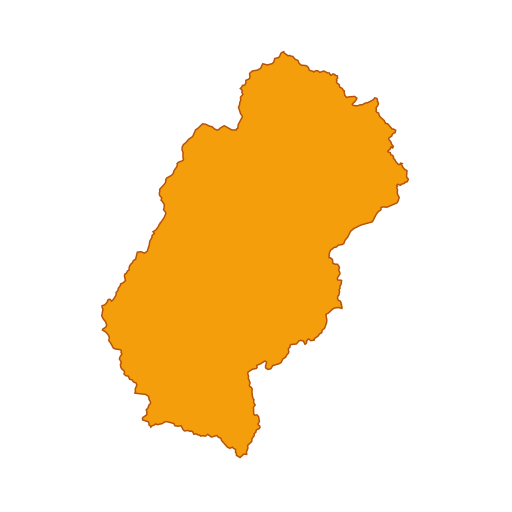 Phato, Chumphon, Thailand (Mercator projection), rotated 347°
{"feature_id": "78962969B64090503691360", "entity_name": "Phato", "entity_type": "district", "adm_level": 2, "iso_a3": "THA", "parent_name": "Thailand", "parent_adm1": "Chumphon", "projection": "mercator", "projection_center": [98.813, 9.803], "detail": "fine", "context": "isolated", "style": "filled", "palette": "amber", "viewbox_px": 512, "rotation_deg": 347, "n_neighbors": 0, "source": "geoboundaries", "source_scale": "gbopen_adm2", "svg_char_len": 6092}
<svg xmlns="http://www.w3.org/2000/svg" viewBox="0 0 512 512"><g transform="rotate(347 256 256)"><path d="M195.1,448.8L199.6,446.3L202.3,447.2L202.7,444.6L204.9,441.4L205.2,438.7L210.1,435.8L211.0,433.0L213.9,430.6L214.3,428.8L216.3,427.6L216.8,426.1L217.8,425.3L220.2,425.0L221.4,423.8L221.3,422.3L220.2,421.2L220.2,420.1L222.2,417.8L222.3,413.0L221.2,411.0L219.0,410.8L218.2,409.7L219.6,402.6L221.7,401.0L220.7,398.2L221.7,395.5L221.1,394.4L221.0,391.5L221.5,387.2L222.4,384.8L222.0,383.2L220.5,381.5L220.4,380.5L221.7,378.3L221.0,373.6L221.7,371.3L221.5,368.6L222.3,367.2L227.2,365.5L231.0,365.7L232.0,364.9L232.1,362.8L236.4,362.0L240.7,360.4L241.6,360.7L242.4,362.0L240.6,365.2L240.2,366.9L240.5,367.7L242.1,369.2L244.4,369.3L245.4,368.9L247.7,366.5L254.1,366.2L256.6,365.4L258.8,362.5L262.1,361.2L264.2,358.9L265.6,358.1L266.4,356.9L266.4,354.9L266.9,353.4L268.6,352.5L268.9,350.9L269.9,350.1L275.5,350.8L279.0,348.3L280.5,348.2L283.2,349.6L283.7,352.8L284.3,353.0L285.7,352.0L286.2,350.3L288.2,348.7L288.8,348.8L290.3,350.8L293.7,351.1L294.3,349.6L298.6,347.9L300.4,346.2L302.8,345.5L303.8,343.1L306.5,341.9L309.8,336.8L310.6,334.4L311.0,328.6L313.6,327.9L318.4,325.1L320.6,324.4L324.6,324.7L327.9,326.4L328.4,324.7L328.0,323.9L328.5,322.2L328.0,321.8L328.4,320.1L327.6,318.5L326.3,317.8L325.9,315.5L326.9,313.3L327.8,312.9L328.6,311.4L329.4,309.5L329.3,307.7L330.7,306.2L330.9,304.4L332.6,302.6L333.9,299.2L333.6,298.8L330.3,297.8L330.0,296.9L330.6,295.5L333.7,292.3L334.0,291.0L333.4,288.4L334.8,285.7L333.6,282.4L331.1,281.7L329.3,280.4L329.7,276.5L328.0,274.4L326.8,274.0L327.9,270.0L329.8,267.3L333.9,265.3L336.5,265.3L338.6,263.9L342.2,264.2L344.2,263.8L346.3,260.7L349.6,258.2L353.7,253.2L357.6,251.2L365.3,249.4L376.7,248.9L377.9,248.0L382.4,242.6L385.1,240.3L388.0,239.2L388.8,236.8L391.0,236.8L394.6,237.9L405.2,236.0L406.6,234.7L408.7,231.2L407.7,227.0L408.8,223.2L408.4,221.1L409.5,219.8L408.9,219.2L409.6,218.1L410.3,218.0L412.2,219.4L413.1,219.5L413.6,218.8L416.2,218.7L417.6,218.2L417.8,217.6L420.0,217.7L421.5,215.9L421.6,214.9L420.7,213.8L420.7,211.9L422.3,206.9L420.2,204.8L419.3,203.1L418.2,199.3L419.2,198.8L417.7,198.0L416.6,199.2L415.3,198.9L413.5,195.6L412.9,193.1L411.8,191.9L412.3,190.5L411.8,188.7L410.2,187.8L410.1,185.5L407.9,184.1L408.2,183.3L410.6,182.2L411.9,180.2L412.7,180.2L412.9,181.3L413.4,181.5L414.5,180.2L413.3,177.7L413.1,175.3L411.6,172.2L411.9,171.0L415.5,169.5L415.7,168.6L417.2,167.5L419.3,167.1L420.4,164.9L418.6,163.3L417.2,162.9L414.0,156.7L412.0,155.9L411.4,152.9L408.2,148.3L407.6,146.1L407.7,144.3L406.1,143.2L405.5,142.1L406.3,140.3L406.2,138.8L408.5,136.8L409.5,135.2L409.5,133.5L409.0,132.4L409.5,131.4L409.2,129.6L407.2,128.6L405.7,130.0L401.9,131.1L399.2,131.7L396.5,131.6L393.4,132.6L391.6,132.1L388.3,132.5L384.4,131.0L383.9,130.1L384.5,129.1L386.5,128.3L389.3,125.8L389.8,124.8L388.0,122.7L382.0,121.8L380.1,122.0L378.7,119.6L378.7,116.8L379.2,115.0L378.2,114.0L377.8,112.2L375.5,110.2L375.7,108.0L373.6,105.3L373.6,104.2L374.3,103.3L374.1,102.1L375.5,101.1L375.8,98.8L373.8,97.8L373.7,96.9L371.9,95.9L370.1,96.8L369.3,96.7L368.6,94.1L366.9,93.7L363.7,91.0L359.4,91.4L357.9,89.4L356.0,88.9L353.7,89.7L353.3,89.0L349.7,87.0L349.5,84.4L348.4,82.5L347.5,81.7L343.0,80.2L341.3,77.9L340.8,74.8L338.4,73.2L336.7,69.8L334.6,68.9L333.9,68.1L332.3,68.1L328.9,64.2L329.0,63.2L326.9,63.5L325.6,64.3L324.3,66.4L322.7,67.7L318.6,67.8L317.1,70.9L315.0,72.2L310.0,72.4L305.8,70.2L302.7,74.2L299.0,75.2L294.4,74.9L293.2,75.3L291.1,76.5L290.6,77.3L290.5,79.8L289.8,81.2L288.8,82.0L285.6,82.6L285.2,84.9L283.4,87.0L281.2,86.7L279.9,88.4L278.4,89.2L279.9,91.7L279.0,93.2L279.6,95.6L276.6,97.8L276.0,101.2L274.8,102.6L273.8,105.4L272.4,107.0L273.0,114.1L274.0,116.2L274.0,117.3L268.2,124.0L267.1,127.3L265.5,127.9L265.0,128.8L260.8,127.7L254.3,121.9L249.9,123.3L247.8,124.6L246.1,124.4L243.9,122.6L242.5,120.3L240.1,119.1L236.6,116.3L233.7,115.2L227.8,118.7L225.6,119.4L221.2,125.3L216.5,127.2L213.7,129.4L210.4,131.1L208.6,133.2L207.8,136.0L208.2,138.8L207.0,143.5L207.0,146.0L205.6,146.7L201.7,147.1L199.9,148.1L200.1,148.7L199.0,151.1L195.5,154.2L194.0,156.8L191.9,158.4L186.5,159.9L185.3,161.2L185.0,162.9L183.6,164.9L177.1,169.4L176.8,171.4L175.9,173.1L175.7,175.3L177.2,178.2L176.0,180.3L176.9,181.5L178.2,185.1L177.3,188.4L176.3,190.1L177.7,192.9L177.7,194.3L175.4,197.6L171.3,201.5L170.1,202.1L169.9,202.9L169.0,203.3L167.1,205.7L164.3,208.1L161.1,209.2L162.1,211.1L159.4,212.6L158.7,214.6L155.8,217.7L154.5,221.2L151.1,226.9L148.0,228.1L144.8,225.9L141.2,225.6L138.0,232.0L135.6,232.8L134.0,234.8L131.9,236.0L130.4,237.5L128.9,241.3L127.5,241.6L125.8,243.7L124.5,243.9L123.9,244.5L123.3,245.9L123.3,250.5L120.6,252.2L117.7,252.8L117.3,254.1L114.5,256.6L113.7,258.6L111.5,260.0L111.3,261.5L110.4,263.1L107.1,266.4L105.1,267.4L104.0,265.4L102.9,265.1L101.6,265.7L100.6,267.5L97.7,269.6L94.8,269.8L94.5,271.8L94.9,273.5L92.2,279.6L93.0,283.0L94.6,286.2L95.0,289.9L93.4,291.7L90.5,292.6L89.7,293.6L92.3,296.0L94.2,299.3L94.8,302.3L93.7,304.8L93.7,306.1L94.5,307.2L96.3,313.6L97.9,314.9L102.8,316.8L103.5,317.7L102.8,319.6L103.3,321.2L100.6,324.0L99.7,325.7L100.9,329.0L99.4,331.4L99.3,334.2L99.8,335.8L101.8,338.6L101.6,340.0L100.8,341.3L102.3,343.4L104.6,344.4L105.1,347.7L107.3,348.7L108.3,351.2L110.7,352.9L110.8,355.1L108.4,358.4L108.1,360.6L107.2,362.4L117.4,366.1L119.5,368.3L119.8,369.5L119.5,371.9L120.3,373.8L120.1,375.9L117.9,377.4L116.8,379.5L114.3,381.4L114.7,383.2L113.8,386.2L109.4,387.9L108.7,389.0L108.7,390.3L113.6,393.2L114.1,395.1L113.7,396.5L114.6,397.5L115.0,399.1L116.6,398.0L118.5,397.9L120.4,397.0L121.7,398.1L122.9,398.2L127.0,398.2L129.4,397.2L131.5,397.2L138.1,400.6L138.9,403.3L142.2,404.4L144.8,404.5L145.8,408.4L146.8,410.3L150.7,410.8L152.3,412.1L154.0,412.1L154.9,413.4L155.3,415.7L157.9,415.8L158.9,417.1L160.8,417.9L161.5,419.0L164.6,419.2L164.8,419.7L166.5,420.1L168.8,418.9L171.8,422.4L177.5,422.1L178.7,424.3L180.6,425.5L181.0,428.1L185.2,435.9L187.3,437.5L190.0,436.9L190.6,438.1L192.5,439.8L191.9,442.9L192.5,444.1L192.1,445.8L195.1,448.8Z" fill="#f59e0b" stroke="#b45309" stroke-width="1.5"/></g></svg>